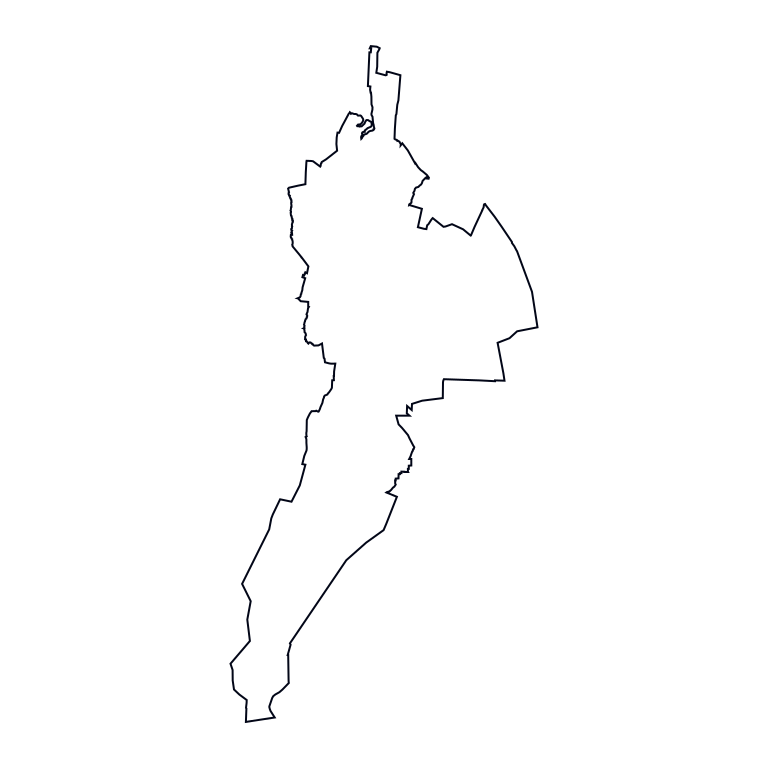 Toluca, México, Mexico (Equal Earth projection)
{"feature_id": "50627088B786178294902", "entity_name": "Toluca", "entity_type": "district", "adm_level": 2, "iso_a3": "MEX", "parent_name": "Mexico", "parent_adm1": "México", "projection": "equal_earth", "projection_center": [-99.68, 19.284], "detail": "fine", "context": "isolated", "style": "outline", "palette": "ink", "viewbox_px": 768, "rotation_deg": 0, "n_neighbors": 0, "source": "geoboundaries", "source_scale": "gbopen_adm2", "svg_char_len": 6078}
<svg xmlns="http://www.w3.org/2000/svg" viewBox="0 0 768 768"><path d="M300.7,301.2L308.2,301.9L308.2,306.9L308.8,307.0L308.0,308.4L307.5,312.0L306.7,313.7L306.5,314.5L307.2,315.3L307.1,316.9L306.6,317.3L306.7,317.8L306.5,318.5L305.5,319.3L305.4,320.0L305.1,320.5L305.0,321.5L304.6,322.1L304.2,324.3L304.0,324.7L304.6,325.9L304.2,326.7L304.3,327.8L303.7,328.2L304.5,328.3L304.5,328.8L304.2,329.4L304.6,331.0L304.5,332.0L305.5,333.2L305.8,334.0L305.8,334.8L306.0,335.1L305.2,336.6L305.1,337.4L305.2,337.7L305.0,339.3L305.3,339.6L306.0,339.6L306.0,341.2L306.6,341.2L308.0,343.3L308.4,343.6L309.3,342.4L310.6,342.5L311.9,343.8L312.0,343.6L312.4,343.7L313.5,345.2L314.1,345.6L318.5,345.4L322.0,343.5L323.8,357.9L324.5,358.6L325.0,362.3L329.2,363.4L331.3,363.7L335.3,363.6L334.1,371.4L334.0,376.1L333.7,376.1L333.9,380.2L332.2,380.3L331.9,387.8L331.2,389.2L328.9,392.5L327.9,393.5L327.4,394.5L324.7,395.6L324.0,396.8L324.0,397.4L323.1,399.5L322.4,402.9L320.5,407.1L319.9,409.0L318.7,411.5L318.2,411.7L316.2,410.7L315.7,411.1L311.6,411.2L309.9,413.5L307.9,417.4L306.8,420.0L306.6,431.2L306.3,433.0L306.4,435.5L306.7,436.4L305.6,437.0L306.2,438.5L306.4,439.6L306.4,442.9L306.7,447.1L306.7,449.0L306.5,450.5L304.3,455.9L302.3,464.1L305.4,464.7L299.8,485.4L291.5,501.7L280.1,499.3L272.8,514.5L271.3,518.4L269.2,529.4L242.1,583.9L250.7,601.2L247.3,619.6L249.9,641.0L230.5,663.7L232.6,670.0L232.7,680.5L234.0,689.5L239.3,694.5L246.7,700.0L246.6,702.9L246.0,707.9L246.4,708.5L245.9,721.9L274.7,717.5L270.5,710.9L269.8,709.0L269.3,707.0L269.4,706.2L272.2,698.0L273.2,696.2L275.3,694.5L279.4,692.2L282.4,689.6L288.8,683.0L288.6,681.2L288.2,655.0L287.7,655.0L290.6,644.7L289.9,643.4L346.3,560.2L366.2,542.6L383.6,530.1L386.2,524.0L396.9,496.8L386.4,492.5L387.1,492.0L387.8,492.0L388.4,491.6L389.0,491.7L389.8,491.3L390.0,490.8L390.9,490.2L393.0,487.6L394.3,486.7L395.7,484.6L395.2,483.5L395.1,480.4L395.7,480.4L395.7,478.6L398.5,478.4L398.6,474.1L399.9,474.1L399.9,473.1L401.4,473.1L401.4,471.6L404.4,471.7L404.4,472.0L408.1,472.0L407.9,471.6L407.9,468.9L408.8,468.9L408.8,465.7L411.3,465.5L411.3,459.0L409.2,459.0L410.6,456.2L411.1,454.6L412.2,451.5L412.5,451.4L412.9,450.4L412.9,450.1L413.1,449.3L413.6,449.2L414.3,447.2L413.1,445.3L409.5,438.4L408.0,435.1L402.1,428.0L398.6,424.4L396.2,415.7L409.5,415.7L406.8,413.3L407.1,406.0L411.7,410.0L412.0,403.9L422.1,400.7L442.8,398.1L443.0,382.1L443.3,380.6L443.9,379.2L479.7,380.4L495.0,381.2L495.0,380.4L504.5,380.7L503.4,373.3L497.6,342.8L509.5,338.2L517.1,331.3L537.5,327.3L532.0,291.8L517.0,251.1L516.6,250.6L514.3,246.2L511.9,242.9L512.0,242.1L501.7,226.8L494.7,216.8L485.8,205.2L485.1,204.0L484.3,204.2L483.9,204.9L483.6,207.4L482.2,210.2L482.3,210.3L474.6,226.8L470.9,235.5L470.7,235.6L463.1,229.3L452.0,224.2L445.5,226.5L443.5,226.8L432.7,218.1L432.2,218.6L431.2,219.9L428.3,224.4L427.3,225.1L427.1,225.6L426.4,229.1L424.0,228.8L417.9,227.2L421.9,208.8L409.3,205.0L409.1,205.1L409.2,204.4L411.3,202.8L411.5,202.1L411.5,199.7L412.3,198.5L412.3,197.9L414.0,194.1L413.4,193.3L413.3,192.8L414.5,190.8L414.9,188.9L416.0,187.6L418.4,186.9L419.6,185.6L421.1,184.5L421.9,183.2L422.6,180.9L425.5,177.9L426.4,177.3L426.8,178.1L426.7,178.5L428.6,178.7L428.9,177.7L426.9,175.0L422.8,171.5L420.8,170.1L418.1,167.2L415.4,163.0L415.1,163.4L407.8,150.4L402.3,143.3L400.7,145.3L400.8,144.0L399.8,142.6L399.5,141.7L397.8,140.7L397.3,140.9L396.8,139.9L395.4,139.5L394.5,138.8L394.9,128.4L395.8,115.3L396.4,114.1L397.3,104.7L398.4,100.4L400.4,75.2L389.7,72.2L386.9,71.7L386.7,72.8L386.5,73.1L386.7,74.6L386.6,75.0L385.6,75.3L376.3,72.8L377.2,66.8L377.4,52.7L379.3,49.3L379.7,48.2L376.8,46.7L370.8,46.1L369.8,48.3L371.2,48.3L370.8,52.3L369.4,52.3L367.9,86.1L370.4,86.5L370.1,89.7L370.6,92.7L371.0,92.7L371.4,96.7L371.5,104.4L372.5,107.2L372.4,109.7L371.4,114.0L371.6,115.2L372.5,116.7L373.1,123.1L373.6,124.8L373.9,126.8L374.4,128.5L374.0,129.4L373.4,129.4L373.2,130.2L372.4,130.6L370.1,131.0L368.7,131.7L366.9,133.6L365.8,134.1L364.1,134.5L363.5,135.7L362.4,137.0L361.8,138.3L361.3,138.8L361.1,137.2L361.3,136.3L362.4,134.7L362.0,133.3L362.3,132.5L363.1,132.0L364.8,131.8L364.7,130.7L365.5,129.8L366.3,129.4L367.5,128.2L370.5,126.9L371.3,126.4L371.7,125.0L371.7,123.9L371.2,121.9L370.4,121.4L369.6,121.2L368.3,120.2L366.9,120.0L366.3,120.2L364.9,122.4L364.6,123.5L361.7,126.3L360.6,126.3L359.8,126.6L358.4,126.2L357.3,126.2L357.0,125.8L358.0,124.6L360.5,124.3L362.2,122.5L363.2,120.5L363.2,119.3L362.9,118.6L361.2,116.0L360.5,115.5L358.0,115.6L356.9,114.4L355.8,114.0L354.1,114.0L352.2,113.3L351.2,113.7L351.2,113.3L349.9,112.3L349.7,113.0L349.3,113.1L348.8,113.6L344.1,122.4L342.2,125.9L339.1,132.8L337.5,132.6L336.7,137.4L336.4,144.0L337.1,150.7L326.0,159.4L321.8,162.0L321.4,162.7L321.4,163.3L321.0,163.6L320.6,165.2L320.7,165.8L320.2,166.6L313.1,161.3L311.5,161.0L306.6,160.8L306.4,162.0L305.8,172.1L305.4,184.2L298.3,185.6L289.0,187.7L288.1,188.6L289.0,192.2L288.7,192.4L288.8,193.2L288.5,193.9L289.2,195.2L289.9,195.7L289.8,196.1L289.4,196.0L290.2,197.8L290.2,198.1L290.8,198.5L290.8,199.5L291.4,200.0L291.5,201.1L291.3,201.2L291.5,202.4L291.2,202.6L291.2,204.0L291.5,205.2L291.3,206.3L291.5,206.8L291.1,207.0L290.8,210.0L290.5,210.5L291.0,211.5L291.0,212.2L290.7,212.5L290.7,213.1L291.0,215.6L291.2,215.9L291.6,216.1L291.8,218.0L292.3,218.5L292.2,219.3L292.4,219.4L292.3,220.2L292.9,220.5L292.9,220.8L292.6,221.2L292.9,221.6L292.8,222.2L292.3,222.9L292.2,223.7L291.9,224.2L292.0,225.6L291.9,226.1L292.2,226.4L291.9,227.7L291.9,228.4L291.6,228.9L291.2,229.1L291.3,229.9L291.7,230.2L291.7,230.5L292.1,230.7L291.4,232.2L291.9,232.4L292.0,232.8L292.1,234.1L291.9,234.0L291.8,234.8L290.9,234.6L290.7,236.4L290.9,237.5L291.3,237.6L291.7,238.9L292.2,239.2L292.2,240.0L292.6,241.0L292.7,242.8L292.6,243.9L292.2,244.8L292.6,245.7L292.6,246.4L300.2,255.6L301.4,257.3L301.5,257.2L308.4,266.4L307.0,273.2L305.4,272.3L305.0,273.7L304.7,273.6L304.2,275.4L303.0,275.0L302.4,277.2L305.2,278.2L302.6,287.3L302.3,290.2L301.4,292.9L301.3,293.9L300.8,294.3L300.6,296.1L299.9,297.3L297.6,298.3L298.0,298.4L300.7,301.2Z" fill="none" stroke="#020617" stroke-width="2"/></svg>